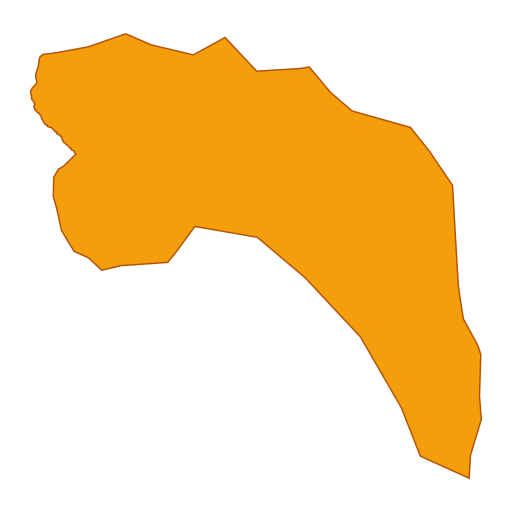 Zu'unbayan-Ulaan, Övörhangay, Mongolia (orthographic projection)
{"feature_id": "93677404B28761750991664", "entity_name": "Zu'unbayan-Ulaan", "entity_type": "district", "adm_level": 2, "iso_a3": "MNG", "parent_name": "Mongolia", "parent_adm1": "Övörhangay", "projection": "orthographic", "projection_center": [102.472, 46.426], "detail": "fine", "context": "isolated", "style": "filled", "palette": "amber", "viewbox_px": 512, "rotation_deg": 0, "n_neighbors": 0, "source": "geoboundaries", "source_scale": "gbopen_adm2", "svg_char_len": 2559}
<svg xmlns="http://www.w3.org/2000/svg" viewBox="0 0 512 512"><path d="M43.0,54.4L40.3,56.5L39.3,58.7L39.0,61.8L38.7,62.9L38.5,63.7L38.5,64.4L38.3,65.8L38.1,67.4L37.4,68.9L36.2,72.9L35.9,74.3L35.8,75.1L35.8,76.3L35.7,77.9L36.3,79.5L36.8,81.4L36.6,82.5L36.4,83.5L36.0,84.2L35.5,84.7L34.8,85.3L34.4,85.8L33.9,86.4L33.3,87.0L32.5,87.6L32.1,88.4L32.0,89.0L31.4,89.6L31.0,90.3L30.8,90.9L30.7,91.5L30.9,92.0L30.9,92.5L30.9,93.2L30.8,93.8L30.8,94.2L30.9,94.5L31.2,95.0L31.5,95.6L31.6,96.1L31.6,96.8L31.5,97.6L31.6,98.6L31.7,99.1L32.1,99.7L32.5,99.9L32.9,100.3L33.1,100.6L33.2,101.0L33.4,101.4L33.5,101.7L33.7,102.0L34.0,102.5L34.2,102.8L34.7,103.4L34.8,103.9L34.8,104.8L34.1,105.6L33.9,106.2L33.9,106.9L34.2,107.7L34.4,108.2L34.8,108.8L35.0,109.9L35.4,110.5L36.3,110.9L36.8,111.5L37.2,112.2L37.8,112.9L38.8,113.0L39.0,113.1L39.4,113.6L39.9,114.5L40.4,115.4L41.2,116.2L41.4,116.6L41.4,117.2L41.4,117.9L41.7,118.6L42.2,119.4L42.6,119.9L42.8,120.7L43.3,121.3L43.7,121.8L44.0,122.2L44.4,123.2L44.9,124.1L45.9,124.8L46.5,124.8L46.9,124.8L47.3,125.0L47.2,125.9L47.6,126.4L48.3,126.7L48.8,126.8L49.1,126.8L49.4,127.2L49.7,127.4L50.4,127.5L51.5,127.5L51.8,127.7L52.2,128.1L52.5,128.8L52.6,129.1L52.9,129.1L53.3,129.1L53.6,129.5L53.8,129.9L54.1,130.2L54.4,130.4L54.5,130.7L54.5,131.1L54.8,131.6L55.3,131.8L55.8,131.7L56.1,131.6L56.3,131.6L56.5,131.9L56.7,132.2L56.8,132.5L56.7,132.9L56.7,133.2L57.0,133.8L57.3,134.2L58.0,134.2L58.3,134.5L59.0,134.9L59.9,135.0L60.3,135.1L60.6,135.4L60.5,136.3L60.7,136.6L61.2,136.8L61.6,136.8L62.0,136.9L62.0,137.3L62.1,138.1L62.0,138.7L61.9,139.2L62.1,139.5L62.5,139.6L62.7,139.8L62.8,140.5L63.0,141.1L63.2,141.6L63.5,141.8L63.8,142.0L63.8,142.5L64.0,142.6L64.4,142.7L64.8,142.8L65.2,143.2L65.6,143.6L66.0,144.5L66.7,145.0L67.2,145.0L67.7,145.2L67.9,145.4L68.2,146.0L69.6,147.8L69.9,148.0L70.7,148.0L70.9,148.0L71.1,148.2L71.0,148.6L71.0,149.1L71.3,149.6L71.9,150.1L72.7,150.4L73.1,150.6L73.7,150.9L74.3,151.3L74.4,151.9L74.5,152.6L74.8,153.2L75.9,154.0L67.5,162.4L65.2,164.6L63.9,165.9L61.4,167.6L58.5,169.0L53.7,177.3L53.3,196.5L56.7,208.4L61.5,230.5L74.1,251.4L88.4,257.8L101.8,270.2L121.2,265.6L167.6,262.4L176.5,251.5L194.8,226.5L257.3,237.3L305.0,277.6L360.4,336.9L401.4,407.8L420.4,456.2L469.1,478.2L470.5,455.2L481.3,419.3L479.5,396.2L480.8,354.4L477.7,345.2L463.4,319.0L459.9,297.4L458.2,284.1L456.0,246.7L452.5,185.3L429.5,151.4L410.5,127.4L352.2,111.0L330.5,92.4L309.3,67.0L299.3,68.6L256.7,71.2L225.0,37.5L193.2,54.9L151.3,44.9L125.7,33.8L88.0,46.9L54.9,53.0L43.0,54.4Z" fill="#f59e0b" stroke="#b45309" stroke-width="1.5"/></svg>